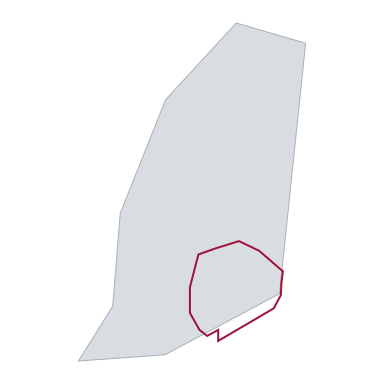 Saint David highlighted on a map of Grenada
{"feature_id": "GRD-5071", "entity_name": "Saint David", "entity_type": "Parish", "adm_level": 1, "iso_a3": "GRD", "parent_name": "Grenada", "parent_adm1": "", "projection": "robinson", "projection_center": [-61.661, 12.056], "detail": "fine", "context": "in_parent", "style": "outline", "palette": "rose", "viewbox_px": 384, "rotation_deg": 0, "n_neighbors": 0, "source": "natural_earth", "source_scale": "10m", "svg_char_len": 473}
<svg xmlns="http://www.w3.org/2000/svg" viewBox="0 0 384 384"><path d="M164.9,354.8L78.4,361.0L112.7,306.2L120.3,213.1L165.6,99.7L236.3,23.0L305.6,43.3L279.5,293.7L164.9,354.8Z" fill="#d9dde1" stroke="#a8b0b8" stroke-width="1"/><path d="M282.9,271.4L281.4,282.9L280.9,295.0L273.8,308.3L218.2,340.9L218.2,329.9L207.1,335.9L199.5,329.9L189.9,312.9L189.9,287.3L198.4,254.5L215.5,248.4L238.9,241.1L259.2,250.8L282.9,271.4Z" fill="none" stroke="#9f1239" stroke-width="2"/></svg>